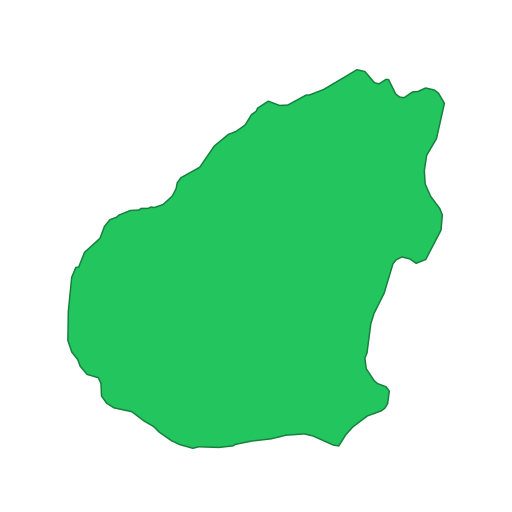 the district of San Diego, Zacapa, Guatemala, rotated 99°
{"feature_id": "79465075B11427655280903", "entity_name": "San Diego", "entity_type": "district", "adm_level": 2, "iso_a3": "GTM", "parent_name": "Guatemala", "parent_adm1": "Zacapa", "projection": "albers", "projection_center": [-89.764, 14.795], "detail": "fine", "context": "isolated", "style": "filled", "palette": "green", "viewbox_px": 512, "rotation_deg": 99, "n_neighbors": 0, "source": "geoboundaries", "source_scale": "gbopen_adm2", "svg_char_len": 1450}
<svg xmlns="http://www.w3.org/2000/svg" viewBox="0 0 512 512"><g transform="rotate(99 256 256)"><path d="M75.7,93.8L66.7,101.2L64.2,105.7L63.5,114.7L68.2,121.8L69.5,127.1L76.4,134.4L76.6,138.9L74.1,143.4L61.1,152.6L61.2,155.2L66.7,161.4L66.4,166.0L56.8,177.3L56.2,185.4L81.0,215.3L88.6,228.4L89.3,231.8L102.0,248.3L103.6,256.3L101.2,268.2L109.8,277.6L113.1,278.5L116.9,282.5L128.4,287.3L136.0,295.1L140.3,302.4L153.9,314.4L177.2,325.5L190.4,342.4L195.8,345.2L202.1,345.5L209.8,348.0L219.7,355.8L224.0,364.0L224.1,367.6L225.8,369.8L227.0,376.9L228.9,378.8L230.7,387.2L236.9,397.6L239.8,400.1L242.9,405.9L250.5,410.3L262.8,412.8L279.2,425.9L294.6,429.4L295.6,432.2L305.9,434.7L340.2,432.7L368.8,428.6L379.6,423.0L386.3,415.8L392.4,412.4L399.4,404.3L400.9,392.7L406.1,389.2L418.4,386.7L424.8,380.5L428.2,372.5L429.2,354.3L436.4,340.9L440.5,330.4L445.2,323.9L451.7,310.5L454.2,301.8L455.8,288.3L453.4,282.7L450.9,262.8L447.1,248.9L445.3,246.9L439.4,231.2L434.2,212.4L428.3,198.4L424.2,180.7L424.8,171.7L430.7,149.9L430.6,144.5L418.4,139.3L409.5,133.5L396.5,120.9L389.4,108.1L386.1,104.9L381.1,102.9L368.6,103.2L364.8,107.2L363.0,116.0L360.6,119.8L350.1,129.5L339.7,132.5L334.5,131.2L304.8,132.0L294.1,130.4L272.6,123.6L242.2,119.5L237.7,116.9L234.1,111.7L234.8,103.6L238.2,96.7L232.9,87.8L201.5,77.3L186.2,78.4L180.3,82.0L169.7,92.9L158.4,100.2L145.2,103.1L129.9,103.2L111.8,96.1L75.7,93.8Z" fill="#22c55e" stroke="#15803d" stroke-width="1.5"/></g></svg>